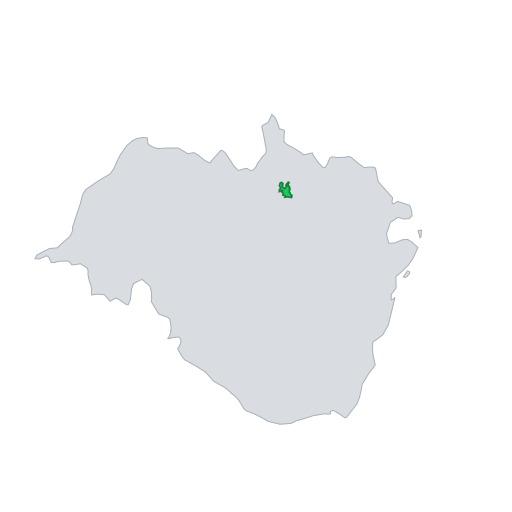 Pur Rieng, Prey Vêng, Cambodia (highlighted), rotated 220°
{"feature_id": "14789045B26766216675918", "entity_name": "Pur Rieng", "entity_type": "district", "adm_level": 2, "iso_a3": "KHM", "parent_name": "Cambodia", "parent_adm1": "Prey Vêng", "projection": "mercator", "projection_center": [105.263, 11.512], "detail": "fine", "context": "in_parent", "style": "filled", "palette": "green", "viewbox_px": 512, "rotation_deg": 220, "n_neighbors": 0, "source": "geoboundaries", "source_scale": "gbopen_adm2", "svg_char_len": 6091}
<svg xmlns="http://www.w3.org/2000/svg" viewBox="0 0 512 512"><g transform="rotate(220 256 256)"><path d="M423.5,111.9L424.5,115.6L421.8,122.7L418.9,129.1L413.4,134.6L413.1,138.7L411.2,151.0L411.9,154.9L413.2,158.2L415.0,160.0L419.8,172.0L424.1,182.9L428.4,191.8L429.1,197.5L425.2,211.8L420.6,224.9L421.0,231.4L423.0,238.0L425.1,246.7L425.9,257.8L424.7,265.1L422.7,269.6L418.7,274.2L415.2,276.6L411.1,272.6L407.8,272.5L403.4,273.7L399.9,275.5L392.8,282.2L384.9,288.8L374.1,290.5L369.8,295.4L365.3,296.1L356.7,296.3L351.1,297.5L351.3,299.9L350.9,311.5L351.0,314.3L350.1,315.0L346.2,315.3L339.6,313.5L330.7,310.7L324.4,310.2L321.1,315.3L319.2,317.3L316.7,317.6L314.2,318.5L313.4,320.7L313.2,323.5L314.4,328.3L314.9,336.0L314.5,341.2L316.9,344.5L330.5,355.6L334.5,358.4L335.0,360.1L332.6,366.1L334.7,374.6L330.4,374.4L323.3,370.8L319.9,368.5L315.8,370.3L314.4,370.0L311.6,365.8L307.9,361.5L304.2,361.3L296.2,363.0L288.1,364.1L285.0,364.1L283.8,364.9L279.1,371.2L277.1,370.1L268.9,367.7L261.4,366.8L259.9,368.4L260.8,373.6L262.5,378.6L261.5,380.8L257.4,383.4L252.0,388.2L248.7,391.9L246.4,392.8L238.1,392.7L229.9,393.2L226.6,396.7L223.5,399.4L220.9,400.1L210.1,391.5L188.8,388.4L186.5,384.6L184.5,383.9L182.5,388.9L170.8,393.6L165.9,390.7L162.3,387.2L162.8,383.0L166.2,379.5L172.0,377.0L174.7,368.2L170.3,357.0L166.4,353.7L162.3,351.1L158.0,355.3L154.4,362.4L150.6,366.1L145.3,366.9L137.4,366.6L134.4,356.0L133.4,346.8L134.5,336.3L135.6,330.1L128.1,321.6L127.7,313.4L124.1,309.2L123.0,311.3L123.1,313.7L122.1,312.0L110.2,288.0L108.2,276.9L110.2,268.3L111.4,265.5L108.0,260.9L103.2,255.8L94.6,249.1L94.1,238.5L92.2,225.9L89.6,221.7L85.7,213.9L83.6,207.5L82.9,190.6L83.9,189.2L90.0,188.7L97.7,187.5L99.0,184.8L97.6,182.5L102.6,178.6L109.7,170.2L115.2,161.4L119.1,155.8L121.5,150.3L129.5,142.5L140.5,137.1L148.0,135.8L155.8,134.0L163.2,131.3L166.8,131.1L176.0,134.3L181.0,135.1L186.3,135.0L191.7,135.4L196.5,135.0L207.9,132.8L219.9,134.6L230.7,133.2L244.0,130.6L250.5,132.2L256.5,134.8L257.3,140.0L258.7,142.4L260.7,144.2L263.3,144.2L266.7,140.6L269.5,136.8L270.5,136.2L270.6,138.0L272.0,142.0L274.5,146.0L277.1,148.6L281.4,152.1L284.2,152.3L293.3,149.0L306.9,153.8L308.5,156.2L312.9,161.1L317.7,164.6L328.3,164.9L332.1,156.2L330.3,151.0L324.2,141.8L322.6,136.4L324.5,135.4L334.8,134.4L336.5,133.3L338.7,127.4L341.5,128.0L347.2,128.8L353.2,124.7L356.8,120.5L358.8,122.4L360.9,125.4L363.2,127.1L367.6,129.7L372.3,133.3L375.3,136.9L377.7,138.3L383.8,137.3L385.4,137.4L389.0,133.1L391.5,130.8L393.6,131.4L396.6,131.4L403.0,125.9L406.7,120.9L408.6,119.5L414.4,122.0L416.6,121.5L419.9,114.6L423.5,111.9ZM130.4,341.8L129.2,342.5L128.1,342.5L127.0,341.5L127.1,337.6L127.9,335.3L129.8,334.8L130.4,341.8ZM148.2,379.7L145.9,382.2L142.0,376.9L142.1,375.4L148.2,379.7Z" fill="#d9dde1" stroke="#a8b0b8" stroke-width="1"/><path d="M277.6,332.9L277.6,333.0L277.8,333.2L277.9,333.6L278.1,333.6L278.4,333.5L278.6,333.5L278.7,333.4L278.5,333.2L278.4,333.0L278.4,332.9L278.7,332.7L278.8,332.7L278.7,332.4L278.5,332.2L278.4,332.3L278.2,332.2L278.2,331.8L278.4,331.6L278.6,331.5L278.7,331.4L278.5,331.2L278.4,331.1L278.5,331.0L278.7,330.9L278.5,330.7L278.5,330.2L278.4,329.9L278.4,329.7L278.3,329.8L278.2,329.9L278.2,330.1L277.9,330.1L277.7,330.0L277.7,329.9L277.7,329.7L277.7,329.4L277.8,329.3L278.0,329.2L277.9,329.1L278.0,329.1L277.9,329.0L277.7,329.0L277.7,328.9L277.5,328.7L277.5,328.4L277.4,328.3L277.3,328.2L277.3,327.8L277.3,327.3L277.3,325.9L277.7,325.9L277.8,325.9L277.9,326.0L278.1,326.2L278.3,326.0L280.5,326.2L281.0,327.4L281.3,327.3L281.3,327.9L282.0,327.9L282.0,328.9L282.4,328.9L282.8,328.9L283.1,328.9L283.7,328.8L283.9,328.7L284.0,328.7L284.4,327.2L284.2,326.6L283.9,326.2L283.7,325.8L283.5,325.4L283.4,325.1L283.3,324.9L283.0,324.6L282.8,324.5L282.6,324.4L282.4,324.4L282.1,324.4L281.8,324.4L281.6,324.4L281.3,324.5L281.1,324.5L281.0,324.4L281.0,324.2L280.8,323.7L280.8,323.3L280.7,323.1L280.8,323.0L280.8,322.7L280.8,322.3L280.7,321.6L280.6,321.4L280.4,321.2L280.2,321.2L279.9,321.1L279.7,320.9L279.5,320.7L279.4,320.5L279.4,320.4L279.3,320.5L279.2,320.6L279.3,320.8L279.2,320.8L279.0,321.0L278.9,321.5L278.7,321.7L278.7,321.8L278.7,322.0L278.6,322.3L278.7,322.5L278.4,322.7L278.5,322.8L278.4,323.0L278.2,323.0L277.9,323.1L277.7,323.1L277.6,323.3L277.4,323.3L277.3,323.1L277.4,322.9L277.5,322.6L277.5,322.4L277.5,322.2L277.4,322.1L277.3,321.9L277.3,321.7L277.2,321.5L276.9,321.4L276.7,321.5L276.3,321.6L276.2,321.5L275.9,321.5L275.6,321.4L275.3,321.4L275.1,321.5L275.0,321.1L274.9,320.5L274.9,320.3L274.8,320.1L274.6,319.8L273.9,320.1L273.5,320.3L273.2,320.5L272.7,320.8L272.4,320.9L272.2,320.8L272.1,320.6L271.9,320.5L271.7,320.4L271.6,320.2L271.5,319.8L271.5,319.7L271.4,319.8L271.1,320.0L270.9,320.2L270.7,320.4L270.6,320.6L270.4,320.9L270.4,321.2L270.3,321.6L270.3,321.8L269.8,321.8L269.5,321.8L269.3,321.8L269.1,322.0L268.9,322.1L268.6,322.3L268.3,322.4L268.0,322.6L267.6,322.8L267.1,323.1L266.8,323.3L266.5,323.5L266.3,323.6L266.4,323.8L266.6,324.0L266.8,323.9L267.0,323.9L267.1,324.0L267.3,324.2L267.2,324.3L266.9,324.3L267.0,324.5L266.9,324.7L266.9,324.8L266.8,325.0L267.0,325.2L267.2,325.3L267.3,325.3L267.5,325.5L267.8,325.6L268.0,325.7L268.3,325.5L268.5,325.4L268.9,325.4L269.0,325.4L269.2,325.5L269.3,325.6L269.6,325.8L269.9,326.1L270.0,326.2L270.5,326.3L270.8,326.1L271.0,326.2L271.3,326.1L271.5,326.0L271.4,326.1L271.5,326.1L271.6,326.3L271.7,326.5L271.9,326.9L272.1,327.0L272.3,327.1L272.3,327.3L272.2,327.6L272.3,327.8L272.4,328.0L272.5,328.3L272.7,328.1L272.8,328.1L273.0,328.2L273.2,328.3L273.3,328.4L273.4,328.5L273.3,328.8L273.4,329.0L273.3,329.3L273.6,329.4L273.6,329.5L273.8,329.6L273.9,329.8L273.9,330.0L274.0,330.0L274.2,329.9L274.3,329.9L274.3,330.0L274.5,330.0L274.5,330.3L274.8,330.4L274.9,330.5L275.0,330.6L275.3,330.6L275.4,330.4L275.5,330.3L275.8,330.5L276.1,330.8L276.2,330.7L276.3,330.5L276.5,330.3L276.7,330.2L276.7,330.3L276.8,330.4L276.9,330.5L277.0,330.5L277.2,330.8L277.1,331.0L277.0,331.3L277.2,331.6L277.3,331.7L277.5,331.8L277.5,332.1L277.6,332.3L277.9,332.5L277.7,332.7L277.6,332.8L277.6,332.9Z" fill="#22c55e" stroke="#15803d" stroke-width="1.5"/></g></svg>